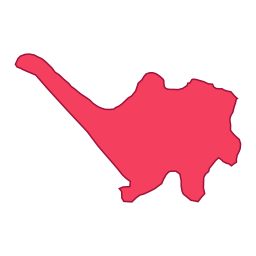 Bilasuvar District, Biləsuvar, Azerbaijan
{"feature_id": "54616110B16304773097912", "entity_name": "Bilasuvar District", "entity_type": "district", "adm_level": 2, "iso_a3": "AZE", "parent_name": "Azerbaijan", "parent_adm1": "Biləsuvar", "projection": "mercator", "projection_center": [48.464, 39.544], "detail": "fine", "context": "isolated", "style": "filled", "palette": "rose", "viewbox_px": 256, "rotation_deg": 0, "n_neighbors": 0, "source": "geoboundaries", "source_scale": "gbopen_adm2", "svg_char_len": 1938}
<svg xmlns="http://www.w3.org/2000/svg" viewBox="0 0 256 256"><path d="M237.3,98.5L235.8,97.2L234.6,96.1L232.9,94.1L231.0,91.9L230.9,91.8L226.2,90.8L223.7,89.8L222.1,88.8L219.4,88.8L216.0,88.5L213.7,86.9L212.5,84.2L208.2,83.8L205.1,82.3L203.5,81.6L200.5,80.8L196.2,79.5L193.0,79.2L191.9,79.6L189.8,83.1L187.9,83.1L187.0,85.6L182.6,88.5L178.2,89.6L173.8,89.4L170.4,89.4L167.3,89.1L165.3,88.0L164.2,86.1L163.9,83.5L163.8,80.8L163.0,79.2L160.4,76.8L157.9,74.9L155.9,73.7L155.6,73.6L153.0,72.8L150.1,72.7L146.4,73.8L144.6,75.6L143.3,77.6L141.9,79.9L139.8,81.8L138.2,83.2L137.2,86.5L137.1,86.8L135.7,90.9L133.9,93.2L131.6,96.0L128.3,97.9L125.3,100.8L121.9,104.0L119.0,106.1L115.8,107.5L113.8,109.1L109.7,109.5L105.0,109.3L100.9,108.0L98.4,106.9L95.7,105.2L93.0,103.3L89.8,100.1L87.1,98.2L84.9,96.7L81.2,94.3L77.3,91.2L74.5,88.8L71.0,86.3L68.6,83.3L63.7,79.2L59.1,74.8L55.0,72.2L52.0,68.0L48.0,64.1L45.2,61.4L41.9,58.8L37.4,56.7L34.2,55.0L29.6,54.1L25.0,54.4L20.5,56.1L18.1,58.4L15.4,64.3L17.0,66.9L20.4,68.2L22.5,69.3L23.0,69.6L35.8,75.1L48.0,89.1L68.7,111.8L87.4,131.8L98.2,146.2L117.0,168.0L120.4,172.3L122.7,175.1L125.9,178.1L130.4,181.5L129.8,186.6L123.1,187.0L119.3,188.6L121.6,191.5L121.9,198.1L123.8,201.4L131.9,201.9L136.5,197.5L139.9,195.1L144.8,193.6L150.5,190.9L154.7,188.7L161.7,183.5L163.3,179.7L166.1,174.6L168.9,171.8L171.0,171.2L176.0,171.2L179.8,174.0L181.2,180.5L181.2,186.3L182.2,191.5L183.4,194.1L186.9,196.9L190.8,200.2L198.1,201.6L201.2,197.5L204.7,193.6L203.4,188.0L203.6,181.9L203.7,177.6L205.4,174.2L208.5,171.6L209.5,168.1L212.1,164.9L215.5,160.6L218.5,157.9L220.8,159.2L223.0,161.4L225.7,162.9L229.3,164.1L231.4,165.8L234.3,163.5L236.4,162.3L236.4,159.1L237.2,155.2L239.1,151.4L240.2,148.4L240.6,143.8L239.2,139.4L236.0,136.6L233.0,133.6L230.5,130.3L230.6,125.1L230.0,121.2L229.9,118.7L230.8,115.7L232.9,112.0L234.1,107.0L235.4,103.2L236.3,99.1L237.3,98.5Z" fill="#f43f5e" stroke="#9f1239" stroke-width="1.5"/></svg>